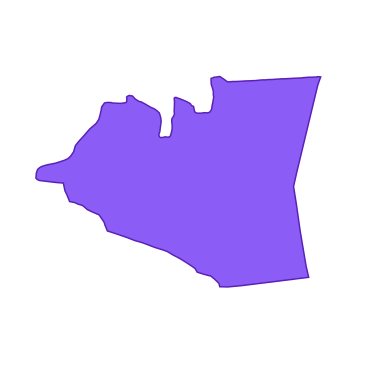 Badra, Wasit, Iraq, rotated 258°
{"feature_id": "34846034B90360229888797", "entity_name": "Badra", "entity_type": "district", "adm_level": 2, "iso_a3": "IRQ", "parent_name": "Iraq", "parent_adm1": "Wasit", "projection": "mercator", "projection_center": [46.047, 33.067], "detail": "fine", "context": "isolated", "style": "filled", "palette": "violet", "viewbox_px": 384, "rotation_deg": 258, "n_neighbors": 0, "source": "geoboundaries", "source_scale": "gbopen_adm2", "svg_char_len": 2825}
<svg xmlns="http://www.w3.org/2000/svg" viewBox="0 0 384 384"><g transform="rotate(258 192 192)"><path d="M299.2,234.3L298.1,234.0L293.4,233.2L289.7,233.6L285.7,233.8L284.5,233.4L282.3,233.0L280.5,233.0L278.1,232.1L275.4,231.0L272.0,229.5L269.4,228.6L267.8,227.6L266.3,225.6L266.3,222.8L266.9,221.1L267.1,220.0L267.1,218.3L267.6,215.4L268.0,213.7L268.7,212.2L270.1,211.3L271.4,211.3L273.4,211.3L275.4,211.3L276.3,210.0L276.9,209.4L278.8,208.7L280.5,206.8L283.0,203.5L285.6,199.7L287.0,197.3L287.9,196.0L287.9,194.5L287.0,194.0L285.2,193.8L282.8,193.4L279.2,192.5L275.0,191.4L273.6,191.2L271.8,191.0L270.0,189.7L268.0,187.7L266.9,187.3L265.6,186.9L264.0,186.7L261.6,186.5L259.4,186.0L257.6,185.6L255.6,184.7L252.9,183.4L251.1,182.3L250.6,181.3L250.7,179.5L251.1,178.4L251.5,177.6L251.5,176.1L251.5,174.1L251.8,172.6L252.6,171.7L253.6,171.5L255.3,171.5L256.5,172.4L258.0,173.2L260.2,173.9L264.3,175.4L267.4,176.5L271.2,176.9L273.6,176.7L276.1,176.5L278.3,175.0L281.2,172.4L283.4,169.3L285.9,166.5L287.2,165.2L290.8,160.9L291.2,160.0L291.7,158.9L293.0,157.6L294.6,155.9L298.3,153.7L299.5,150.7L299.0,148.5L298.4,147.7L296.6,147.7L293.9,146.8L293.4,146.4L293.2,144.9L293.5,140.7L295.5,132.9L296.3,131.6L297.2,128.0L297.3,126.4L297.3,124.9L295.7,123.2L294.1,121.4L292.1,120.6L290.8,120.1L286.3,118.0L282.5,116.0L279.2,112.8L277.4,109.7L275.0,105.2L269.4,97.8L264.7,91.3L261.6,87.6L260.4,86.9L256.0,84.6L252.4,80.9L250.4,77.6L249.5,73.5L248.9,67.8L248.6,64.4L248.6,62.2L248.6,61.5L248.6,60.7L248.7,57.4L248.6,54.1L248.2,50.4L247.5,48.1L246.7,46.5L245.8,45.4L242.7,43.6L240.5,43.0L238.1,42.2L236.4,43.2L234.9,45.3L229.4,61.5L227.5,68.0L219.4,68.0L215.5,69.0L208.1,70.3L205.9,75.3L203.9,77.9L201.6,82.1L200.0,83.4L196.5,86.0L192.8,90.9L188.9,96.4L185.2,97.9L182.6,99.0L180.4,99.8L177.8,100.0L171.5,101.1L168.7,106.0L161.1,118.8L156.3,126.1L152.8,132.8L145.4,144.3L141.5,151.3L139.1,155.2L134.3,160.4L129.3,166.4L125.4,170.5L119.1,176.8L118.5,177.3L116.5,179.1L112.5,180.4L109.3,186.1L106.7,191.1L106.2,192.6L102.5,195.7L96.9,199.4L93.6,199.4L91.7,207.2L90.1,221.0L84.3,288.4L89.5,288.3L95.9,288.2L131.3,289.7L157.8,291.5L176.3,292.5L190.0,298.8L270.3,337.2L272.1,338.3L274.5,339.7L276.7,341.1L277.8,341.8L278.1,341.0L278.6,339.2L278.7,338.6L278.6,336.9L279.0,335.7L279.1,334.9L279.4,333.1L280.0,330.0L280.7,324.8L280.9,322.1L281.7,317.6L282.6,311.8L283.3,307.3L284.1,302.9L284.7,298.7L285.0,296.7L285.4,293.7L286.1,289.9L286.4,287.0L286.9,284.8L287.3,282.1L287.8,277.2L288.3,274.6L288.7,271.8L289.3,268.6L289.8,265.5L290.2,262.6L290.9,258.3L291.2,256.7L291.6,255.1L291.8,253.3L292.0,251.7L292.1,250.8L292.1,250.1L292.7,249.3L294.3,247.9L296.4,246.0L297.2,245.1L298.8,243.7L299.3,242.8L299.3,242.6L299.3,241.2L299.4,239.3L299.7,237.2L299.2,236.1L299.2,235.0L299.2,234.3Z" fill="#8b5cf6" stroke="#5b21b6" stroke-width="1.5"/></g></svg>